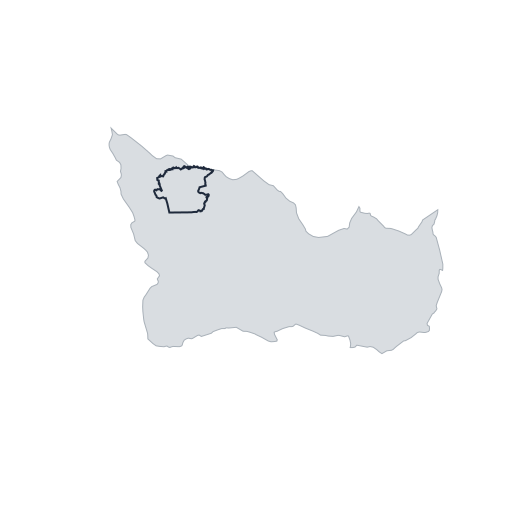 Rafaï, Mbomou, Central African Republic (highlighted), rotated 208°
{"feature_id": "33826404B37622790924059", "entity_name": "Rafaï", "entity_type": "district", "adm_level": 2, "iso_a3": "CAF", "parent_name": "Central African Republic", "parent_adm1": "Mbomou", "projection": "albers", "projection_center": [24.169, 5.748], "detail": "fine", "context": "in_parent", "style": "outline", "palette": "slate", "viewbox_px": 512, "rotation_deg": 208, "n_neighbors": 0, "source": "geoboundaries", "source_scale": "gbopen_adm2", "svg_char_len": 8380}
<svg xmlns="http://www.w3.org/2000/svg" viewBox="0 0 512 512"><g transform="rotate(208 256 256)"><path d="M346.7,196.8L350.9,197.9L351.6,199.2L350.5,203.5L351.3,206.2L353.7,208.5L356.1,209.4L358.4,210.0L366.5,211.4L369.9,212.9L374.4,218.0L379.9,222.5L381.3,224.9L381.1,227.1L379.4,229.8L379.7,230.9L382.2,233.6L385.2,236.3L390.6,239.4L399.9,244.1L404.2,247.3L405.6,249.7L408.0,252.3L411.4,254.7L413.6,256.6L412.1,261.8L412.6,263.6L413.4,265.1L415.4,267.1L416.2,269.8L418.1,273.1L420.4,274.6L424.3,275.1L426.3,276.6L430.5,279.3L434.6,281.5L436.4,283.1L437.5,284.5L438.4,286.1L438.9,287.7L439.0,291.3L439.7,295.7L442.0,298.7L444.0,300.9L435.6,298.4L434.4,298.3L432.9,298.8L428.6,302.0L427.2,302.4L421.7,301.7L408.3,299.3L398.1,296.9L395.0,296.0L389.5,295.2L385.9,296.9L382.5,302.5L381.5,303.6L376.2,305.3L373.6,304.8L367.5,306.4L357.9,304.1L354.5,304.5L351.9,305.7L345.0,308.3L340.8,309.7L336.0,311.0L331.4,313.1L328.3,314.2L325.3,314.2L322.5,313.0L319.6,312.0L316.0,311.8L312.3,312.4L309.1,314.6L307.8,316.2L305.1,320.5L301.8,327.4L300.5,328.8L299.4,329.5L284.4,326.0L278.0,325.1L273.7,326.2L268.2,324.2L265.8,323.9L264.7,324.5L261.7,323.6L256.8,321.2L252.0,320.2L247.8,320.5L245.2,319.7L243.2,317.4L240.5,313.1L235.7,308.9L229.2,305.5L225.1,303.0L223.5,301.3L220.0,300.3L214.7,300.1L209.5,301.7L202.0,306.9L195.1,317.5L191.2,321.6L188.1,322.6L187.3,325.2L188.8,329.3L189.2,334.1L188.0,342.1L188.3,347.9L186.7,347.0L185.2,344.2L184.4,343.7L179.9,344.8L177.5,345.9L176.2,347.0L175.3,347.2L173.8,345.6L172.7,345.4L170.9,345.6L169.1,345.6L167.9,345.4L167.1,345.5L165.0,344.6L157.2,342.2L155.9,341.5L154.3,341.5L150.2,343.5L148.1,344.0L141.6,345.1L134.6,345.6L132.0,345.6L130.2,346.5L129.0,347.7L126.7,355.0L126.1,356.3L126.2,358.2L125.5,364.1L125.8,366.0L117.2,382.2L115.9,379.5L115.1,376.3L114.8,372.6L115.0,371.7L114.5,370.6L113.8,367.6L114.5,365.6L114.0,363.6L112.4,361.6L111.0,360.1L110.1,358.7L109.4,358.1L107.8,357.9L105.7,357.1L96.6,347.4L87.2,336.5L85.3,332.9L84.5,330.9L86.9,330.7L87.5,330.4L87.5,329.4L86.1,326.6L85.5,323.1L84.3,320.9L80.6,317.6L77.1,315.0L76.0,313.7L75.4,311.8L74.2,300.2L73.6,296.8L72.5,295.4L71.7,294.7L71.4,293.9L71.6,291.8L72.1,290.0L72.1,289.2L73.1,287.6L73.3,276.8L72.1,275.3L70.0,275.3L68.9,273.7L68.0,271.7L68.3,270.3L70.4,268.1L71.8,267.3L75.9,265.7L77.0,264.8L77.8,263.8L78.3,262.3L80.7,256.8L84.3,251.4L85.8,250.3L89.5,242.2L90.3,240.1L91.0,238.0L92.1,236.4L96.0,233.7L99.0,228.9L102.2,229.2L105.4,230.0L109.6,230.5L112.8,229.6L115.0,227.7L125.1,224.6L125.8,222.1L127.4,220.7L129.3,219.6L129.9,219.4L130.1,220.3L131.2,223.0L133.4,225.7L136.7,228.7L137.7,228.5L139.8,226.3L145.1,225.0L146.4,224.4L150.2,221.2L154.7,219.2L157.3,218.5L161.9,216.4L165.1,216.7L170.3,216.4L178.9,215.5L185.2,215.2L188.3,214.8L189.1,214.4L190.3,211.3L191.3,210.4L193.7,209.1L198.3,204.5L201.3,200.5L202.3,199.1L202.9,198.9L204.2,197.2L202.9,195.5L197.8,191.9L197.9,191.4L197.6,190.8L197.9,190.4L199.9,188.9L202.5,187.3L205.3,186.7L212.7,186.9L218.9,186.6L220.4,186.7L225.3,185.9L228.6,185.2L232.1,183.5L239.9,183.8L246.4,179.5L248.2,178.8L249.0,178.1L249.3,177.4L252.3,175.8L255.7,172.2L258.4,169.1L259.2,166.8L266.5,159.3L269.1,159.5L270.3,158.5L273.3,153.5L274.2,152.6L277.2,151.7L278.6,150.2L279.9,148.0L279.9,145.2L279.4,143.0L279.4,141.9L280.1,140.9L281.2,139.9L286.8,137.2L288.2,135.9L289.1,134.8L290.6,134.5L292.3,134.7L293.4,133.9L294.6,132.7L298.5,131.0L302.0,129.8L305.8,130.3L312.5,132.0L314.6,135.6L315.5,136.9L323.9,145.4L325.5,147.5L329.7,153.7L332.2,157.9L335.1,163.9L335.4,167.2L335.0,170.0L334.4,177.9L333.6,180.2L330.0,184.5L329.8,186.4L330.5,188.0L331.7,188.7L332.4,189.5L331.9,193.2L333.3,194.7L336.0,195.6L343.0,196.3L346.7,196.8Z" fill="#d9dde1" stroke="#a8b0b8" stroke-width="1"/><path d="M352.9,253.7L333.4,264.3L332.1,265.3L330.2,266.5L329.2,266.9L328.6,267.8L328.4,268.9L328.3,269.4L327.2,269.7L326.5,269.7L326.1,269.3L325.6,269.6L325.5,270.2L325.3,270.6L324.9,270.7L324.9,271.3L324.9,271.8L324.9,272.5L324.2,273.1L324.5,273.6L324.6,274.4L324.8,275.4L324.9,275.9L325.1,276.8L326.1,277.6L326.5,278.2L326.4,278.6L326.2,279.0L326.3,279.3L326.5,279.5L326.5,279.9L326.3,279.9L326.0,280.2L326.1,281.0L325.7,281.5L325.6,282.4L326.0,283.1L326.0,283.7L326.5,284.2L326.9,284.3L327.3,284.5L327.4,284.9L327.0,285.3L326.6,285.4L326.4,285.5L326.5,286.1L326.1,286.5L326.2,287.2L326.4,287.8L326.9,288.1L327.3,288.1L327.5,287.5L328.0,287.1L328.4,287.0L328.8,286.7L329.3,286.3L329.8,286.2L330.8,286.5L332.4,286.6L332.8,286.3L333.7,286.2L334.3,285.9L334.7,285.3L336.1,285.3L336.9,285.5L337.6,286.2L337.7,288.0L337.8,288.8L337.9,289.5L338.1,290.2L333.4,294.5L333.8,295.1L334.6,295.6L335.0,296.9L336.3,298.5L337.4,299.6L337.8,300.6L338.0,301.0L338.0,301.8L336.9,303.0L336.6,303.8L336.6,304.7L336.2,305.4L335.6,306.1L335.5,306.7L335.1,307.4L334.8,308.3L334.5,308.4L334.4,308.8L334.5,309.2L334.2,309.3L334.2,309.5L334.3,309.8L334.3,310.0L334.0,310.2L333.9,310.5L334.1,311.4L334.4,311.2L334.5,311.2L334.9,311.2L335.2,311.2L335.4,311.2L335.6,311.2L335.8,311.2L336.1,311.1L336.3,311.0L336.4,310.9L336.6,310.7L336.8,310.6L337.0,310.6L337.6,310.6L337.9,310.6L338.1,310.7L338.3,310.7L338.5,310.7L338.8,310.6L339.0,310.5L339.0,310.3L339.2,310.2L339.4,310.0L339.5,309.8L339.7,309.7L340.0,309.5L340.2,309.2L340.3,309.2L340.5,309.2L340.8,309.3L340.8,309.5L340.9,309.8L341.0,309.8L341.2,309.7L341.5,309.7L341.8,309.4L342.0,309.3L342.1,309.2L342.1,309.3L342.4,309.3L342.6,309.3L342.7,309.5L342.8,309.6L343.0,309.6L343.5,309.7L343.6,309.8L343.8,309.9L344.0,309.9L344.1,309.7L344.1,309.3L344.1,309.1L344.0,308.9L343.9,308.9L343.9,308.7L344.0,308.6L344.0,308.3L344.1,308.1L344.3,308.0L344.5,308.0L344.9,307.9L344.9,308.0L345.0,308.0L345.3,308.0L345.5,308.3L345.8,308.4L346.0,308.4L346.3,308.3L346.5,308.2L346.7,307.8L346.7,307.7L346.8,307.7L347.1,307.5L347.5,307.3L347.5,307.2L347.8,307.1L348.3,306.8L348.4,306.7L348.5,306.7L348.7,306.8L348.8,307.0L349.1,307.2L349.1,307.3L349.4,307.5L349.5,307.5L349.8,307.4L350.0,307.4L350.2,306.9L350.3,306.6L350.9,306.1L351.1,306.1L351.5,305.7L351.9,305.6L352.0,305.7L352.3,305.6L352.4,305.9L352.3,306.0L352.2,306.1L352.3,306.2L352.4,306.3L352.5,306.3L352.8,306.3L353.0,306.3L353.0,306.2L353.2,305.9L353.1,305.5L353.0,305.3L353.0,305.1L353.2,304.7L353.3,304.7L353.6,304.4L353.8,304.3L354.1,304.3L354.5,304.3L354.9,304.1L355.0,304.0L355.3,304.1L355.5,304.2L355.8,304.1L356.0,303.9L356.2,303.7L356.3,303.7L356.5,303.6L356.8,303.4L356.8,303.2L356.7,303.0L356.5,302.9L356.4,302.8L356.1,302.9L355.9,303.0L355.6,303.1L355.3,302.9L355.1,302.7L355.2,302.4L355.3,302.4L355.6,302.4L355.8,302.2L355.8,301.6L355.9,301.4L356.0,301.2L356.3,301.1L356.8,301.2L356.9,301.3L357.1,301.4L357.4,301.7L357.4,301.8L357.4,302.0L357.6,302.2L357.6,302.3L357.8,302.5L358.1,302.7L358.3,302.7L358.4,302.2L358.1,301.9L358.1,301.7L358.3,301.5L358.4,301.4L358.6,301.4L358.8,301.3L359.0,301.4L359.6,301.6L359.9,301.4L360.1,301.2L360.5,301.4L360.8,301.6L361.2,301.8L361.6,301.6L361.7,301.3L361.6,301.1L361.1,300.9L361.1,300.6L361.2,300.3L361.0,299.8L361.2,299.4L361.4,299.3L362.0,299.8L362.1,299.4L362.0,299.1L362.3,298.9L362.4,298.6L362.5,298.3L362.5,297.8L362.8,297.6L363.1,297.1L363.4,297.2L363.7,297.3L365.4,297.4L365.8,297.5L366.1,297.3L366.6,296.8L366.9,296.5L367.3,296.4L368.1,296.8L368.3,295.9L368.6,295.9L369.1,295.6L369.5,295.0L370.1,295.3L370.6,295.3L370.7,295.1L370.8,294.7L370.8,294.2L370.7,293.8L370.6,293.5L370.9,293.5L371.1,293.6L371.1,293.3L371.4,293.0L371.7,293.0L371.8,292.7L371.6,292.4L371.8,292.1L372.5,292.4L372.8,292.2L373.2,292.2L373.6,291.8L373.2,291.4L373.1,291.1L373.4,290.9L373.6,290.9L374.2,290.7L374.3,290.4L374.8,290.1L375.0,289.0L375.6,288.6L375.3,288.3L375.1,288.2L375.4,288.0L375.5,287.7L375.3,287.4L375.2,287.0L375.2,286.6L375.4,286.4L375.4,285.9L375.2,285.6L375.4,285.1L375.5,284.5L375.5,283.9L375.7,283.6L375.8,283.2L375.4,283.1L375.4,282.7L375.9,282.6L376.3,282.4L377.1,282.2L377.7,281.3L378.1,281.8L378.5,282.4L378.8,281.6L378.9,279.8L379.5,279.0L379.9,278.5L378.8,276.8L377.3,277.0L377.0,276.6L376.8,275.8L375.8,275.1L375.9,274.4L375.7,274.0L375.3,273.9L374.7,274.1L374.2,273.1L369.9,269.6L370.1,269.1L370.6,269.2L372.0,269.7L372.5,269.8L373.2,269.2L373.9,268.9L374.4,268.7L374.7,267.3L376.0,267.3L376.4,267.0L376.6,266.1L376.1,265.0L375.4,264.6L373.5,262.9L372.4,262.6L371.3,261.3L369.4,261.3L368.1,261.5L365.5,264.2L363.5,264.0L363.1,264.1L362.8,264.6L359.0,260.8L352.9,253.7Z" fill="none" stroke="#1e293b" stroke-width="2"/></g></svg>